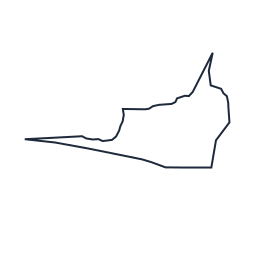 outline of Várzea, Rio Grande do Norte, Brazil, rotated 258°
{"feature_id": "56859067B38668332786629", "entity_name": "Várzea", "entity_type": "district", "adm_level": 2, "iso_a3": "BRA", "parent_name": "Brazil", "parent_adm1": "Rio Grande do Norte", "projection": "mercator", "projection_center": [-35.357, -6.316], "detail": "fine", "context": "isolated", "style": "outline", "palette": "slate", "viewbox_px": 256, "rotation_deg": 258, "n_neighbors": 0, "source": "geoboundaries", "source_scale": "gbopen_adm2", "svg_char_len": 679}
<svg xmlns="http://www.w3.org/2000/svg" viewBox="0 0 256 256"><g transform="rotate(258 128 128)"><path d="M129.0,53.6L116.3,84.6L94.4,135.2L90.0,143.3L81.7,156.5L77.1,177.2L72.0,201.3L97.7,211.5L112.4,228.4L127.4,230.5L132.1,231.3L138.6,231.3L142.1,228.6L147.0,227.2L152.5,217.8L167.1,218.9L184.0,226.5L149.8,198.8L146.6,194.2L147.7,190.2L146.8,182.2L143.5,179.7L142.5,175.6L143.2,170.5L144.2,163.3L144.2,157.0L142.5,152.6L142.7,148.8L147.7,126.9L141.7,126.6L135.7,124.2L131.2,120.8L127.3,118.8L122.2,114.6L119.7,109.9L120.1,104.8L120.5,100.5L123.3,96.7L124.1,91.1L126.5,84.9L129.5,81.4L134.6,49.0L138.5,24.7L129.0,53.6Z" fill="none" stroke="#1e293b" stroke-width="2"/></g></svg>